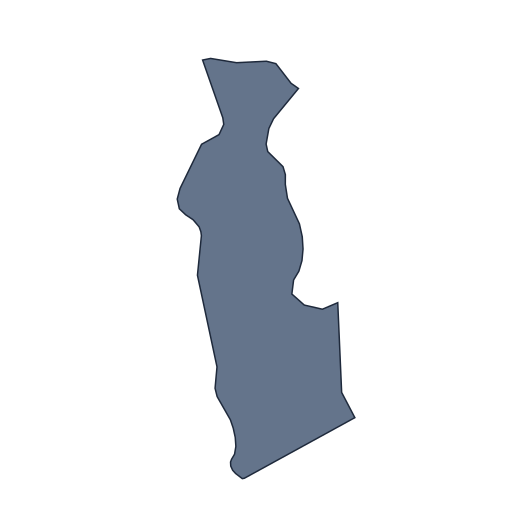 the Province of Prato, rotated 158°
{"feature_id": "ITA-5385", "entity_name": "Prato", "entity_type": "Province", "adm_level": 1, "iso_a3": "ITA", "parent_name": "Italy", "parent_adm1": "", "projection": "orthographic", "projection_center": [11.096, 43.932], "detail": "fine", "context": "isolated", "style": "filled", "palette": "slate", "viewbox_px": 512, "rotation_deg": 158, "n_neighbors": 0, "source": "natural_earth", "source_scale": "10m", "svg_char_len": 830}
<svg xmlns="http://www.w3.org/2000/svg" viewBox="0 0 512 512"><g transform="rotate(158 256 256)"><path d="M352.1,54.7L356.4,62.0L357.9,66.1L358.1,70.7L356.8,74.5L354.8,76.7L350.1,80.3L346.0,87.0L343.2,95.6L341.6,104.9L341.1,113.7L344.7,140.2L343.5,148.7L333.7,167.8L317.5,260.1L299.0,295.3L298.0,299.2L297.8,304.3L300.7,313.1L305.8,320.6L309.4,328.5L307.7,338.3L301.1,347.1L264.6,380.0L244.8,382.4L236.6,390.1L235.0,396.6L232.1,457.7L224.1,456.2L201.6,442.5L173.4,432.7L165.5,426.9L158.8,403.0L153.9,395.4L188.3,376.7L196.3,369.4L204.7,356.0L206.0,348.4L197.5,328.7L198.3,320.4L202.0,311.4L205.2,297.7L203.7,269.5L205.9,256.5L209.8,244.8L215.1,234.5L221.9,225.9L230.1,219.7L237.0,207.3L229.6,192.4L214.4,181.8L197.7,182.1L227.7,97.4L224.9,69.1L350.0,54.3L352.1,54.7Z" fill="#64748b" stroke="#1e293b" stroke-width="1.5"/></g></svg>